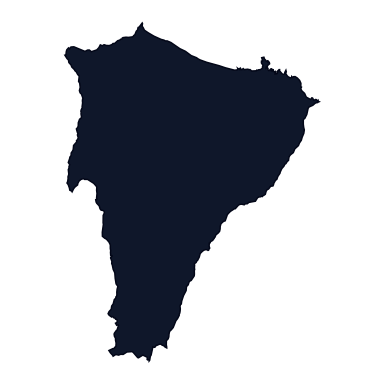 Nossa Senhora Do Rosario, Ribeira Grande, Cabo Verde
{"feature_id": "66160863B91585848329276", "entity_name": "Nossa Senhora Do Rosario", "entity_type": "district", "adm_level": 2, "iso_a3": "CPV", "parent_name": "Cabo Verde", "parent_adm1": "Ribeira Grande", "projection": "equal_earth", "projection_center": [-25.054, 17.15], "detail": "fine", "context": "isolated", "style": "filled", "palette": "ink", "viewbox_px": 384, "rotation_deg": 0, "n_neighbors": 0, "source": "geoboundaries", "source_scale": "gbopen_adm2", "svg_char_len": 5837}
<svg xmlns="http://www.w3.org/2000/svg" viewBox="0 0 384 384"><path d="M64.9,55.2L67.1,58.7L68.4,59.8L68.9,62.6L71.0,64.9L71.8,67.0L74.3,69.5L75.1,70.9L76.2,71.7L77.7,74.5L78.9,75.8L79.2,76.5L78.6,81.4L79.7,83.2L80.2,87.4L79.4,90.6L80.1,92.8L81.4,94.0L83.0,98.5L82.6,99.0L82.4,100.9L82.6,102.9L82.1,106.6L82.3,107.4L81.1,110.1L80.9,111.4L81.2,112.3L81.0,113.9L81.5,116.6L81.3,117.6L81.0,118.2L79.6,119.2L78.3,122.7L78.2,126.3L77.1,128.2L76.4,128.9L77.3,132.2L78.0,133.5L77.5,134.5L77.5,135.4L78.2,137.5L78.2,138.1L77.3,139.8L76.5,140.7L76.7,141.9L73.6,145.4L73.2,149.5L72.6,150.9L71.2,153.0L71.1,155.5L69.9,157.1L69.6,158.7L68.3,162.5L69.7,164.6L68.9,166.9L69.1,167.7L68.3,169.7L68.8,174.2L68.0,176.8L68.1,178.4L67.7,181.4L67.0,183.0L68.2,184.6L69.4,188.0L69.8,190.2L71.7,191.1L72.1,191.8L73.7,188.6L75.0,187.0L77.6,184.9L77.7,183.7L79.0,181.1L81.0,179.4L83.5,178.6L84.5,179.4L87.6,179.4L93.7,183.3L96.2,186.1L96.8,187.3L96.6,190.3L97.0,193.4L96.6,197.8L96.9,199.1L95.7,199.6L96.1,202.0L96.8,203.3L99.2,205.9L100.0,208.6L100.6,209.6L101.1,210.1L103.0,210.5L104.1,211.2L104.3,212.0L104.2,213.3L103.2,215.4L103.1,222.9L103.4,224.2L102.3,232.2L102.4,236.3L104.7,238.2L106.5,239.2L109.0,242.1L110.3,244.9L110.3,248.6L110.7,250.8L110.5,252.2L110.7,255.4L111.1,255.8L111.7,255.6L112.1,255.9L111.9,256.5L110.8,257.3L110.6,257.9L111.9,261.4L111.7,263.6L112.3,265.0L113.2,269.4L114.8,272.8L115.2,278.3L116.1,283.9L117.9,286.4L117.1,289.2L116.8,292.3L116.9,294.1L116.7,296.1L116.0,296.7L115.7,298.2L114.3,299.6L113.2,303.9L111.7,306.0L111.2,309.3L109.1,311.5L108.1,313.7L109.1,315.2L111.6,317.0L112.1,316.6L113.1,316.9L113.6,317.7L115.1,318.2L115.6,319.2L116.4,319.3L117.2,320.2L117.2,321.7L116.6,322.6L115.5,323.2L116.7,325.3L118.1,324.7L118.6,325.2L117.0,330.1L116.3,330.5L114.4,333.2L114.1,334.1L114.4,336.2L115.5,338.3L115.5,340.1L116.1,343.0L115.9,346.4L114.7,347.4L114.2,348.4L112.9,348.6L108.9,350.5L110.4,352.8L112.7,355.3L113.1,356.2L115.8,354.5L118.7,355.1L120.6,354.3L123.2,354.4L126.9,352.0L132.2,351.6L133.4,352.6L137.7,357.6L138.5,357.8L142.8,355.1L147.0,357.1L147.3,357.9L147.1,359.4L147.6,359.9L148.6,359.6L149.0,360.1L149.1,361.0L149.7,360.2L150.3,356.4L151.1,355.1L152.9,346.8L154.1,347.3L154.9,347.2L156.4,345.2L157.0,345.3L159.5,344.2L161.0,344.2L162.3,345.3L163.5,345.5L164.9,346.9L166.7,347.9L166.7,347.0L166.3,344.9L166.4,340.7L168.1,338.9L168.8,336.9L169.0,334.1L169.6,331.4L171.3,329.8L173.2,327.5L175.9,320.7L177.5,318.7L179.2,315.4L179.1,314.7L179.8,312.9L180.1,311.1L180.3,308.9L180.0,306.1L180.6,304.5L181.3,304.0L181.7,301.0L183.5,295.6L186.1,290.6L186.5,286.6L188.2,284.8L189.0,282.1L189.7,281.2L191.2,280.4L194.2,275.9L194.4,274.1L194.3,270.8L194.7,269.1L194.4,268.4L194.6,265.2L194.4,263.7L196.1,262.5L196.8,260.9L197.5,260.5L199.2,257.2L200.2,253.5L202.6,251.1L204.1,250.1L205.8,249.6L207.4,249.9L208.0,250.4L208.6,250.2L208.9,249.3L209.7,248.1L209.1,246.1L209.3,243.1L210.1,242.9L210.6,241.6L212.7,240.4L213.3,239.4L214.2,238.4L214.3,237.6L214.9,237.3L215.9,234.9L218.3,232.9L219.6,231.3L220.1,229.0L220.2,226.4L221.0,223.7L223.5,221.4L225.2,220.8L227.3,214.8L228.3,213.5L230.4,211.4L234.5,208.7L235.3,208.7L238.4,205.2L239.8,204.4L241.8,204.2L244.2,204.8L245.3,203.8L247.2,203.8L248.9,202.4L255.4,201.2L257.5,197.8L258.8,197.0L260.6,196.8L261.4,196.3L262.3,196.5L262.5,195.8L263.3,195.7L265.3,194.3L266.1,191.3L267.1,189.7L268.6,189.0L270.8,186.0L271.6,186.2L273.0,185.9L273.5,184.7L273.8,183.3L275.5,180.3L276.8,179.4L277.8,176.5L280.0,173.2L280.2,172.1L281.8,168.6L283.9,166.2L284.8,164.3L285.9,163.6L287.2,161.5L288.5,160.4L288.9,157.4L289.6,155.9L290.6,154.7L293.3,152.6L294.8,148.9L298.4,145.6L299.5,142.9L301.3,140.3L302.1,137.4L303.8,133.3L304.3,129.9L303.7,127.4L303.3,124.2L303.3,120.0L303.8,119.1L304.8,118.4L306.8,114.4L308.1,108.4L309.0,107.0L312.8,105.3L315.2,103.2L319.1,101.7L318.7,101.5L318.2,102.0L318.1,100.7L317.7,101.2L317.1,100.2L316.3,99.6L315.5,99.5L314.5,100.0L313.6,100.0L312.7,98.2L312.3,97.9L311.7,97.9L310.9,99.1L310.4,99.4L306.6,97.3L306.1,96.8L304.6,93.4L301.9,90.9L300.7,88.8L301.5,87.1L300.8,86.7L300.9,83.3L299.6,80.4L297.3,78.0L295.1,76.6L293.5,76.7L292.8,77.5L291.7,76.5L291.6,77.6L290.5,77.9L288.3,76.9L287.1,75.7L285.9,73.8L285.8,72.9L286.3,71.9L285.9,70.3L284.8,72.4L284.7,73.7L284.1,74.2L283.0,74.3L282.2,73.9L279.6,70.9L279.6,69.6L279.1,69.6L277.6,71.1L278.0,72.1L277.7,71.7L277.1,71.9L277.6,72.7L277.3,73.5L275.1,74.2L274.8,74.0L275.0,73.0L275.6,72.8L275.6,72.1L275.3,71.4L274.5,72.0L273.9,71.6L273.3,70.5L273.2,69.1L272.2,71.3L271.1,70.7L271.8,69.2L271.6,68.8L270.6,69.0L269.3,70.5L268.6,70.5L267.7,69.1L268.0,68.4L267.7,68.0L267.1,67.8L266.0,68.3L266.3,66.9L267.2,67.1L267.6,65.5L269.6,63.8L269.3,62.4L267.8,60.7L267.2,60.9L267.3,61.7L266.1,61.0L265.6,60.1L264.6,59.2L263.9,57.2L261.7,57.7L262.7,60.9L262.4,61.3L261.5,61.1L261.4,62.2L261.5,63.1L263.0,65.3L262.4,67.1L262.6,67.5L262.3,68.4L260.4,69.6L258.5,69.8L256.7,70.6L256.6,70.4L256.3,70.8L251.6,71.0L250.1,69.6L249.0,69.6L247.8,69.2L244.2,69.6L243.2,68.6L242.0,69.6L241.0,69.6L240.6,68.4L240.3,68.1L239.7,69.5L239.3,69.3L239.3,68.2L238.8,69.3L237.7,68.4L237.9,69.0L237.1,69.9L234.6,70.2L225.4,67.8L219.1,65.7L206.7,62.3L200.3,60.0L198.3,59.0L196.5,57.7L191.2,55.6L185.4,51.3L179.9,48.7L170.9,42.5L167.1,40.9L165.5,41.0L163.9,40.1L161.1,39.4L154.0,36.2L148.4,32.9L144.4,30.2L143.2,27.7L142.3,26.4L142.2,25.6L142.5,23.6L142.2,23.0L139.2,27.0L138.1,27.5L137.5,30.1L136.3,31.2L134.9,34.7L133.8,35.5L132.8,36.8L128.5,37.4L126.0,37.2L123.0,37.6L122.2,38.1L121.8,39.1L120.5,39.3L119.8,40.1L117.7,40.7L114.6,43.5L113.0,43.5L111.9,44.6L109.2,45.6L105.9,45.4L104.7,44.8L103.6,44.9L102.5,45.8L100.3,44.9L98.9,47.6L96.8,49.9L91.4,51.7L89.3,50.0L87.5,50.1L85.0,51.4L73.9,46.8L71.1,47.0L70.4,47.4L69.6,49.0L68.5,47.9L66.8,49.8L66.3,51.5L66.0,54.2L65.6,55.1L64.9,55.2Z" fill="#0f172a" stroke="#020617" stroke-width="1.5"/></svg>